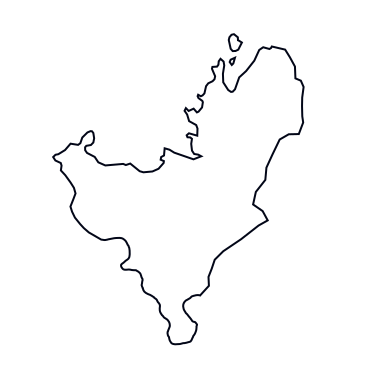 outline of Rason City, Rasŏn, North Korea, rotated 169°
{"feature_id": "82179303B91931790309769", "entity_name": "Rason City", "entity_type": "district", "adm_level": 2, "iso_a3": "PRK", "parent_name": "North Korea", "parent_adm1": "Rasŏn", "projection": "robinson", "projection_center": [130.492, 42.382], "detail": "fine", "context": "isolated", "style": "outline", "palette": "ink", "viewbox_px": 384, "rotation_deg": 169, "n_neighbors": 0, "source": "geoboundaries", "source_scale": "gbopen_adm2", "svg_char_len": 5929}
<svg xmlns="http://www.w3.org/2000/svg" viewBox="0 0 384 384"><g transform="rotate(169 192 192)"><path d="M85.9,319.6L86.9,318.3L88.7,317.6L94.5,320.5L98.9,318.6L105.8,309.0L115.8,300.4L123.8,295.5L130.2,284.6L132.9,282.7L134.6,282.8L137.0,285.2L140.4,293.7L139.1,302.1L136.2,310.1L136.1,314.0L138.6,317.3L140.8,315.2L141.8,311.9L143.5,310.3L148.1,310.9L148.9,309.2L147.2,301.2L148.4,298.4L150.7,296.8L155.3,295.6L158.0,293.2L161.0,286.4L163.2,284.8L165.1,284.3L167.4,286.3L168.2,285.0L167.7,282.9L164.5,279.5L164.2,278.1L166.0,273.1L170.3,269.6L172.0,269.2L174.5,273.5L179.8,272.2L182.0,275.5L183.8,273.1L182.0,269.0L181.3,262.1L175.1,256.9L174.5,253.2L176.1,246.3L183.8,250.2L186.4,248.7L186.0,246.6L183.3,245.9L181.9,244.2L183.6,239.4L184.1,232.6L182.6,228.9L178.8,227.5L176.1,225.3L184.3,223.8L201.9,234.0L206.0,237.8L210.5,240.1L212.5,233.2L215.6,232.2L216.6,229.7L213.7,227.7L214.3,225.9L220.4,221.2L226.9,219.7L235.9,220.6L239.4,222.4L247.2,231.7L251.8,231.1L254.2,232.7L272.0,234.6L278.3,239.0L280.8,245.0L287.6,250.4L288.9,253.4L288.4,256.3L286.9,257.5L282.3,257.4L279.4,259.4L277.8,263.4L277.6,268.7L278.6,270.7L280.0,271.1L283.3,270.4L289.3,266.4L292.3,261.2L294.8,260.0L302.0,262.6L308.6,257.4L316.0,254.6L318.9,254.6L321.6,252.8L320.1,249.0L315.3,245.5L315.0,242.8L316.6,238.2L313.2,232.7L309.4,224.5L307.1,218.6L306.6,212.8L310.0,207.3L314.1,200.9L313.5,195.6L311.8,189.2L308.0,182.0L305.0,177.1L301.0,172.0L290.2,162.6L288.7,162.1L287.6,161.7L286.9,161.5L286.1,161.4L285.6,161.4L284.8,161.4L284.1,161.4L283.3,161.5L280.7,161.5L277.3,161.5L275.1,161.3L274.6,161.2L273.9,161.1L272.7,160.9L271.5,160.7L270.9,160.4L270.4,160.3L269.9,160.1L269.4,159.8L268.8,159.4L267.9,158.5L267.5,158.0L266.8,157.1L266.5,156.6L266.2,155.9L266.0,155.3L265.8,154.7L265.6,154.1L265.4,153.3L265.3,152.6L264.9,151.9L264.6,151.2L264.5,150.0L264.3,149.4L264.3,148.7L264.3,147.8L264.4,147.1L264.4,146.2L264.5,145.8L264.6,145.3L264.7,144.7L264.9,143.5L265.1,142.5L265.3,141.9L265.7,140.7L266.0,140.0L266.4,139.5L267.1,138.7L267.6,138.4L268.1,138.1L270.4,137.1L271.6,136.3L272.2,136.0L272.6,135.7L274.2,135.0L274.6,134.7L274.9,134.6L275.3,134.2L275.5,134.0L275.6,133.7L275.7,133.0L275.7,132.6L275.7,132.3L275.6,131.9L275.4,131.2L275.2,130.9L274.9,130.2L274.5,129.6L274.2,129.3L274.0,129.1L273.2,128.7L272.7,128.5L272.2,128.4L271.0,128.2L269.1,128.0L268.6,127.9L267.3,127.5L266.9,127.3L266.5,127.1L266.1,127.0L265.7,126.8L265.3,126.7L264.9,126.6L263.9,126.3L262.3,126.0L261.8,125.8L261.7,125.6L261.4,125.4L260.6,124.6L260.3,124.4L259.9,124.1L259.6,123.7L259.0,122.9L258.7,122.5L258.5,122.1L258.3,121.7L258.1,120.8L258.0,119.9L257.9,119.5L257.9,119.1L257.8,118.0L257.7,117.6L257.4,116.6L257.3,116.4L257.2,116.1L257.2,115.8L257.3,115.4L257.4,114.7L257.7,114.2L258.0,113.4L258.2,112.9L258.3,112.5L258.4,112.1L258.8,111.2L259.2,110.2L259.2,109.8L259.1,109.4L259.1,108.9L258.9,108.0L258.7,107.6L258.8,107.1L258.6,106.8L258.6,106.2L258.5,105.9L258.5,105.5L258.4,105.0L258.4,104.7L258.2,104.3L257.9,103.5L257.5,102.9L257.0,102.3L256.5,101.7L255.4,100.8L254.8,100.3L253.9,99.7L253.4,99.4L252.9,99.1L252.4,98.7L252.1,98.4L251.7,98.1L251.3,97.8L250.9,97.3L249.9,96.4L249.4,95.9L249.3,95.5L248.9,95.0L248.2,94.3L247.5,93.5L247.3,93.1L247.1,92.7L247.0,92.3L246.9,91.8L246.5,90.5L246.2,90.0L246.0,89.6L245.7,89.2L245.5,88.7L245.4,88.4L245.2,87.6L245.1,87.3L245.1,86.9L245.2,86.7L245.3,85.9L245.5,85.1L245.7,84.7L245.8,84.1L246.0,83.6L246.0,83.2L246.2,82.2L246.2,80.8L246.1,80.0L245.8,79.2L245.8,78.9L245.5,78.1L245.3,77.9L245.1,77.2L245.0,76.9L244.5,76.3L244.3,76.0L243.9,75.2L243.6,74.5L243.4,74.2L242.9,73.6L242.1,73.0L241.8,72.6L241.4,72.2L241.0,71.9L240.6,71.3L240.4,71.0L240.1,70.6L240.0,70.3L239.8,69.8L239.6,69.4L239.3,68.6L239.2,67.8L239.1,67.4L239.1,66.8L239.2,65.4L239.4,64.5L239.8,63.7L240.3,62.9L240.7,62.4L240.8,62.1L241.7,60.8L242.2,59.8L242.5,59.5L242.7,59.1L242.8,58.6L243.0,57.9L243.0,57.4L243.0,56.3L243.0,55.9L242.9,55.3L242.6,54.8L242.5,54.5L242.4,54.3L242.3,53.9L242.3,53.6L242.3,52.8L242.3,52.2L242.2,51.1L242.2,50.7L241.8,49.4L241.4,48.5L241.2,47.9L240.9,47.5L240.5,47.1L240.3,46.9L239.9,46.7L239.5,46.4L239.2,46.3L238.1,45.9L237.5,45.7L236.7,45.6L235.9,45.5L234.5,45.3L233.8,45.2L233.0,45.1L232.2,45.1L230.8,45.2L229.6,45.3L228.1,45.1L226.9,45.1L226.3,45.1L225.2,45.2L224.1,45.3L223.6,45.3L222.6,45.4L221.9,45.6L221.7,45.8L220.9,46.5L220.4,47.2L219.9,47.9L219.6,48.3L219.3,48.8L218.6,49.6L218.3,50.3L217.9,50.7L217.5,51.0L217.1,51.4L216.8,51.7L216.4,52.1L215.8,52.9L215.5,53.4L214.9,54.3L214.7,54.7L214.2,55.6L214.1,56.0L213.9,56.4L213.8,56.8L213.7,57.2L213.3,58.6L213.3,59.0L212.9,59.8L212.8,60.0L212.5,60.5L212.4,60.8L212.4,61.0L212.8,61.9L213.0,62.3L213.4,63.1L213.6,63.5L213.9,63.7L214.4,64.0L214.8,64.2L215.1,64.3L215.4,64.4L215.8,64.7L216.1,65.0L216.3,65.3L216.6,65.7L216.7,66.1L216.9,66.7L217.2,67.3L217.5,68.0L217.8,68.5L218.1,69.2L218.4,69.6L219.5,71.7L219.7,72.2L220.4,73.4L220.9,74.0L221.2,74.5L221.3,75.0L221.5,75.5L222.1,77.1L222.4,78.1L222.5,78.8L222.5,79.8L222.5,80.4L222.5,81.3L222.4,81.8L222.1,82.9L221.9,83.4L221.6,83.9L221.4,84.3L221.0,84.7L220.8,85.1L220.4,85.4L219.3,86.3L218.8,86.6L218.1,86.9L216.8,87.2L216.3,87.5L215.8,87.6L214.2,88.2L213.8,88.4L213.4,88.7L212.7,89.2L212.2,89.5L211.7,89.6L210.8,89.7L210.1,89.8L209.4,89.8L207.9,89.9L206.7,89.8L205.9,89.7L204.9,89.4L204.5,89.3L204.0,89.1L203.8,88.9L193.3,96.7L192.0,105.5L187.3,112.9L182.6,121.2L172.6,127.9L152.8,136.3L133.0,146.4L123.1,149.7L126.3,159.8L134.4,168.1L129.3,179.9L117.7,189.9L114.3,201.7L105.9,213.4L95.9,226.8L86.0,230.2L76.1,228.5L69.6,239.0L69.3,245.3L67.6,255.3L65.8,263.7L62.4,273.8L63.9,280.5L68.8,283.8L67.0,295.5L70.2,305.6L73.4,314.0L85.9,319.6ZM120.7,338.9L123.2,338.8L125.7,336.8L126.9,334.2L126.7,325.2L125.2,322.6L122.4,322.1L119.4,322.9L114.5,329.2L117.3,331.8L117.9,332.2L117.5,335.1L120.7,338.9ZM124.2,315.6L128.8,314.5L130.2,312.4L128.7,309.1L126.9,310.3L124.2,315.6Z" fill="none" stroke="#020617" stroke-width="2"/></g></svg>